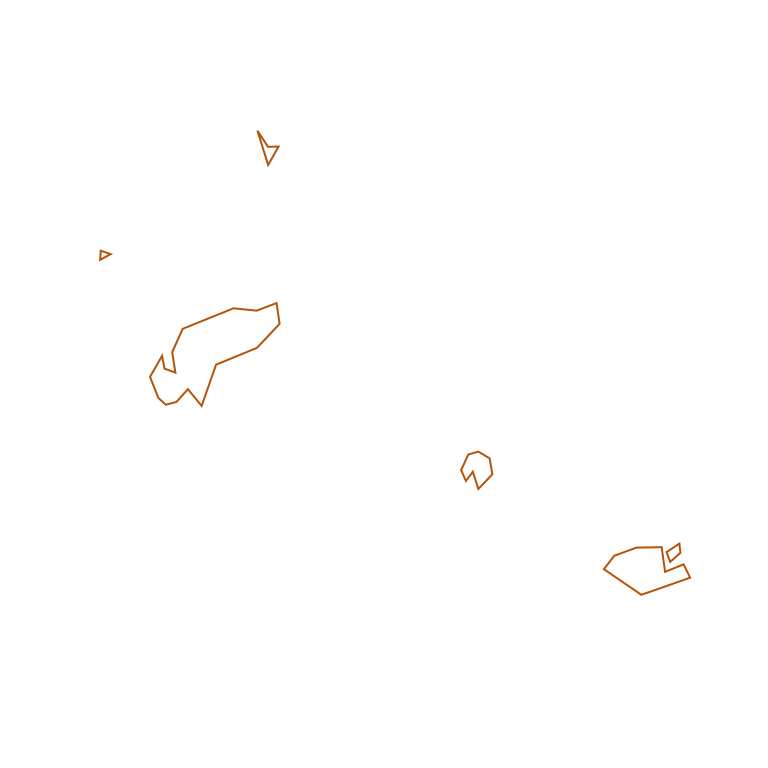 the border of Temotu, rotated 342°
{"feature_id": "SLB-1934", "entity_name": "Temotu", "entity_type": "Province", "adm_level": 1, "iso_a3": "SLB", "parent_name": "Solomon Islands", "parent_adm1": "", "projection": "orthographic", "projection_center": [166.516, -11.046], "detail": "coarse", "context": "isolated", "style": "outline", "palette": "amber", "viewbox_px": 768, "rotation_deg": 342, "n_neighbors": 0, "source": "natural_earth", "source_scale": "10m", "svg_char_len": 771}
<svg xmlns="http://www.w3.org/2000/svg" viewBox="0 0 768 768"><g transform="rotate(342 384 384)"><path d="M306.8,273.8L303.3,294.5L274.5,310.3L230.3,313.7L203.8,348.5L195.9,328.3L181.1,336.9L170.1,336.3L165.1,327.5L163.7,304.9L181.6,288.7L180.0,301.6L189.1,308.7L192.4,288.3L209.6,269.3L264.2,265.5L285.6,274.9L306.8,273.8ZM597.6,625.0L593.3,649.5L613.2,648.1L615.3,662.8L563.6,664.0L535.9,628.1L550.0,618.5L573.5,617.6L597.6,625.0ZM459.1,503.4L441.3,513.0L441.4,494.9L432.0,501.5L430.7,489.8L442.4,477.1L452.9,477.5L461.5,487.4L459.1,503.4ZM347.0,122.6L357.1,125.6L341.5,139.9L341.9,104.0L347.0,122.6ZM615.6,627.1L613.7,636.2L601.2,641.6L600.8,631.2L615.6,627.1ZM164.2,176.0L152.4,178.2L155.8,169.7L164.2,176.0Z" fill="none" stroke="#b45309" stroke-width="2"/></g></svg>